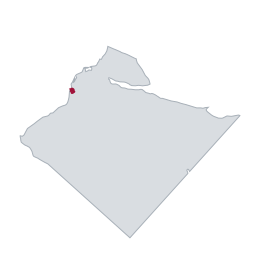 location of Kafr Al-Dawwar, Al Buhayrah, Egypt, rotated 312°
{"feature_id": "37247803B13171530844779", "entity_name": "Kafr Al-Dawwar", "entity_type": "district", "adm_level": 2, "iso_a3": "EGY", "parent_name": "Egypt", "parent_adm1": "Al Buhayrah", "projection": "mercator", "projection_center": [30.133, 31.129], "detail": "fine", "context": "in_parent", "style": "filled", "palette": "rose", "viewbox_px": 256, "rotation_deg": 312, "n_neighbors": 0, "source": "geoboundaries", "source_scale": "gbopen_adm2", "svg_char_len": 4101}
<svg xmlns="http://www.w3.org/2000/svg" viewBox="0 0 256 256"><g transform="rotate(312 128 128)"><path d="M212.1,202.9L207.6,202.9L203.0,202.9L198.5,202.9L194.0,202.9L189.4,202.9L184.9,202.9L180.3,202.9L175.8,202.9L171.3,202.9L166.7,202.9L162.2,202.9L157.7,202.9L153.1,202.9L148.6,202.9L144.1,202.9L139.5,202.9L136.9,202.9L137.4,201.6L137.7,200.7L137.4,200.0L136.5,199.8L135.9,200.1L134.5,202.8L133.8,202.9L132.2,202.9L126.9,202.9L121.7,202.9L116.4,202.9L111.1,202.9L105.8,202.9L100.5,202.9L95.3,202.9L90.0,202.9L84.7,202.9L79.4,202.9L74.1,202.9L68.9,202.9L63.6,202.9L58.3,202.9L53.0,202.9L47.7,202.9L47.7,199.6L47.7,196.2L47.7,192.9L47.7,189.5L47.7,186.1L47.7,182.7L47.7,179.4L47.7,176.0L47.7,172.6L47.7,169.2L47.7,165.8L47.7,162.4L47.7,158.9L47.7,155.5L47.7,152.1L47.7,148.6L47.7,145.2L47.7,141.7L47.7,138.3L47.7,134.8L47.7,131.4L47.7,127.9L47.7,124.4L47.7,120.9L47.7,117.4L47.7,113.9L47.7,110.4L47.7,106.9L47.7,103.3L47.7,99.8L47.7,96.3L47.7,92.7L47.6,92.0L46.9,89.6L46.2,86.5L45.4,82.7L45.3,81.5L44.0,77.6L43.9,76.5L44.2,75.7L46.3,72.4L46.9,70.8L47.5,68.8L47.6,67.3L47.0,64.8L46.3,62.7L46.1,60.4L46.0,58.2L47.0,56.7L48.3,55.3L48.8,54.5L49.6,53.5L50.1,53.1L51.1,55.0L53.3,55.4L60.4,53.6L68.2,55.4L72.5,56.1L79.1,57.5L83.1,60.2L84.2,60.6L87.1,60.5L89.0,62.1L96.6,62.8L100.6,64.6L102.9,66.0L104.3,66.4L105.5,66.3L107.2,65.8L109.2,64.8L111.5,63.5L116.1,60.0L117.8,59.4L118.9,59.5L120.2,59.5L120.7,58.5L121.4,57.9L121.9,57.1L122.6,56.3L125.0,56.0L129.9,54.5L129.3,55.2L124.9,56.9L126.8,57.1L128.7,56.5L131.0,56.2L131.4,55.4L131.7,54.1L132.1,53.9L133.6,54.1L138.2,56.2L139.3,56.3L142.5,55.1L143.2,54.9L144.3,55.5L146.6,58.1L145.8,58.1L143.3,55.9L143.0,57.0L141.6,58.9L143.4,59.8L144.9,60.1L145.7,61.2L146.2,62.2L147.6,61.7L148.7,60.4L148.1,59.7L147.7,58.9L148.2,58.9L149.2,59.5L152.1,62.0L153.1,62.5L154.2,62.5L156.6,61.8L157.2,61.9L160.4,60.9L160.7,61.6L161.3,62.3L163.8,61.5L167.8,61.5L171.1,60.7L174.8,58.7L175.1,58.4L175.3,58.9L175.8,60.3L176.9,63.7L177.9,66.4L179.2,70.2L179.6,71.6L179.7,72.6L181.5,76.6L182.6,80.0L183.3,82.7L184.4,86.6L184.9,88.0L184.1,88.7L182.6,91.3L180.9,99.4L178.6,105.7L178.3,109.6L177.9,111.1L176.8,113.0L175.4,115.0L173.0,114.0L169.1,110.6L166.8,107.3L164.3,105.2L162.0,102.4L161.4,100.4L161.4,99.1L160.4,95.9L159.6,94.4L156.8,91.0L156.0,89.2L155.4,88.4L154.7,87.3L153.7,82.9L152.6,80.1L151.3,80.9L151.5,82.1L150.4,83.7L149.7,85.6L150.3,87.1L152.6,89.5L153.0,90.5L153.6,92.7L153.5,95.7L153.9,96.7L155.6,98.9L156.2,100.3L156.6,101.4L157.2,102.4L158.9,104.4L161.4,108.0L163.7,110.5L165.4,111.7L166.1,112.9L166.3,116.0L166.2,117.4L167.7,120.2L168.2,121.6L169.7,122.7L170.3,124.0L170.9,126.1L171.8,132.3L173.1,133.8L177.0,142.0L180.2,147.1L181.8,150.9L184.2,155.5L188.9,165.6L191.7,168.7L192.8,170.5L194.9,171.8L197.1,173.8L195.0,173.6L194.4,173.7L193.7,174.0L193.3,175.2L193.2,176.2L193.5,181.3L194.0,183.8L195.9,188.7L197.2,190.2L197.9,191.1L198.9,191.8L203.2,193.5L205.8,197.0L211.5,201.4L212.1,202.6L212.1,202.9Z" fill="#d9dde1" stroke="#a8b0b8" stroke-width="1"/><path d="M119.4,63.4L119.3,63.2L119.2,63.2L119.2,62.9L119.3,62.9L119.5,62.8L119.5,62.7L119.8,62.5L119.8,62.4L119.9,62.2L120.0,62.2L120.3,62.0L120.3,61.9L120.2,61.9L120.3,61.8L120.4,61.7L120.4,61.4L120.4,61.2L120.3,60.4L120.2,60.3L120.2,60.5L120.1,60.4L119.9,60.3L119.7,60.3L119.7,60.2L119.8,60.2L119.7,60.0L119.4,60.3L119.4,60.2L119.5,60.2L119.4,60.1L119.5,60.1L119.4,60.1L119.2,60.1L119.1,59.9L119.2,59.7L119.2,59.4L118.6,59.3L118.3,59.2L118.2,59.1L117.9,60.3L117.7,60.3L117.7,60.5L117.0,60.7L116.9,61.4L116.2,62.7L116.3,62.8L116.4,63.0L116.5,63.1L116.7,63.3L116.8,63.5L117.0,63.7L117.3,63.5L117.3,63.4L117.5,63.4L117.7,63.2L117.8,63.1L118.0,63.2L118.0,63.3L118.2,63.5L118.3,63.5L118.4,63.8L118.5,63.8L118.6,64.0L118.8,64.0L119.0,64.0L119.0,63.9L119.2,63.7L119.3,63.7L119.4,63.4ZM118.9,60.9L118.9,61.0L119.0,61.1L119.0,61.3L119.1,61.5L119.3,61.7L119.5,61.7L119.5,61.8L119.4,61.8L119.3,62.0L119.2,62.1L118.9,62.2L118.7,62.0L118.7,61.9L118.8,61.9L118.7,61.8L118.4,61.9L118.4,61.7L118.5,61.5L118.8,61.4L118.7,60.9L118.8,60.9L118.9,60.7L118.9,60.9Z" fill="#f43f5e" stroke="#9f1239" stroke-width="1.5"/></g></svg>